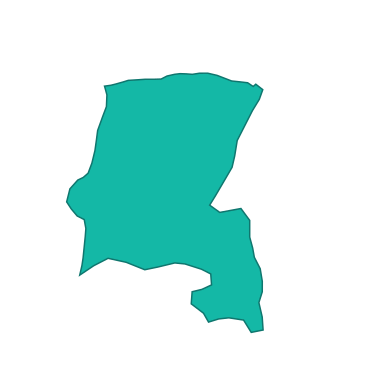 outline of Trypimeni, Cyprus, rotated 297°
{"feature_id": "46923920B43934732420538", "entity_name": "Trypimeni", "entity_type": "district", "adm_level": 2, "iso_a3": "CYP", "parent_name": "Cyprus", "parent_adm1": "", "projection": "natural_earth1", "projection_center": [33.639, 35.301], "detail": "fine", "context": "isolated", "style": "filled", "palette": "teal", "viewbox_px": 384, "rotation_deg": 297, "n_neighbors": 0, "source": "geoboundaries", "source_scale": "gbopen_adm2", "svg_char_len": 1192}
<svg xmlns="http://www.w3.org/2000/svg" viewBox="0 0 384 384"><g transform="rotate(297 192 192)"><path d="M67.0,129.7L81.7,137.9L94.8,147.3L99.5,165.3L101.3,185.2L109.7,195.7L121.0,208.9L124.7,218.4L127.5,235.5L127.5,245.9L118.1,251.6L109.7,245.0L103.2,237.4L92.0,242.1L89.2,257.3L83.6,265.8L91.0,273.4L96.6,281.9L101.3,296.1L93.8,308.5L101.3,318.0L112.5,311.3L123.8,301.8L135.0,299.9L144.3,295.2L154.6,287.6L162.1,277.2L169.6,271.5L178.0,263.9L192.9,256.3L199.5,243.1L186.4,226.0L188.3,213.7L199.5,214.6L216.3,215.6L232.2,216.5L243.4,213.7L258.4,208.9L270.5,208.9L280.8,208.9L292.0,208.9L305.1,209.9L315.3,208.6L317.0,199.9L313.8,198.6L314.6,192.0L311.9,184.7L308.9,176.9L308.1,169.1L307.3,161.4L305.0,152.1L301.2,144.7L297.0,138.9L294.7,133.4L292.0,127.6L288.9,123.0L284.0,117.1L278.6,113.2L275.2,107.0L271.3,99.3L267.1,92.3L262.5,84.5L258.7,80.6L253.7,75.2L250.3,71.3L246.6,66.0L246.1,66.5L239.9,72.1L229.2,77.0L218.4,78.2L204.0,80.0L193.9,83.6L184.9,86.7L172.3,89.7L161.6,90.9L155.6,88.5L150.8,84.8L139.4,81.8L126.3,84.8L122.1,92.1L118.5,100.6L118.5,108.5L111.3,114.0L104.1,117.0L96.4,120.0L83.8,124.9L76.6,127.3L67.0,129.7Z" fill="#14b8a6" stroke="#0f766e" stroke-width="1.5"/></g></svg>